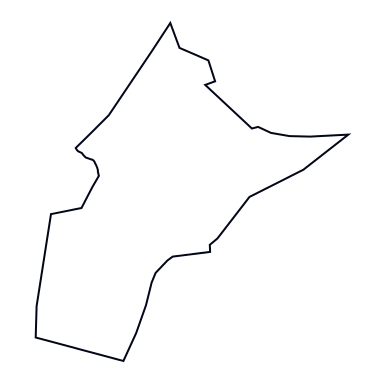 outline of Dalanjargalan, Dornogovi, Mongolia
{"feature_id": "93677404B48840516654873", "entity_name": "Dalanjargalan", "entity_type": "district", "adm_level": 2, "iso_a3": "MNG", "parent_name": "Mongolia", "parent_adm1": "Dornogovi", "projection": "equal_earth", "projection_center": [108.887, 46.012], "detail": "fine", "context": "isolated", "style": "outline", "palette": "ink", "viewbox_px": 384, "rotation_deg": 0, "n_neighbors": 0, "source": "geoboundaries", "source_scale": "gbopen_adm2", "svg_char_len": 884}
<svg xmlns="http://www.w3.org/2000/svg" viewBox="0 0 384 384"><path d="M348.3,134.6L310.2,136.6L289.5,136.1L271.0,132.9L258.1,126.9L251.9,128.5L205.2,84.9L215.1,81.3L208.4,60.4L179.5,47.9L170.3,23.0L151.9,51.1L108.8,115.2L90.2,133.8L75.7,148.0L76.5,149.3L77.0,150.0L77.4,150.5L77.8,150.9L78.0,151.2L78.8,151.6L79.7,152.0L81.4,152.8L81.9,153.1L82.5,153.9L83.5,155.2L84.6,156.4L85.3,157.1L86.0,157.6L91.5,159.5L92.6,159.8L93.3,160.3L94.1,161.2L94.3,161.6L94.6,161.9L94.9,162.9L95.7,164.3L96.0,164.9L97.1,167.5L97.3,168.0L97.5,168.9L97.9,170.1L97.9,171.1L97.9,171.9L98.0,172.7L98.4,173.4L98.5,174.5L98.6,175.1L98.9,175.8L92.4,187.0L81.5,208.0L51.0,214.1L36.6,306.2L35.7,337.5L123.4,361.0L136.2,333.0L146.0,305.2L151.6,282.7L155.6,272.9L167.4,260.5L172.7,256.6L210.1,251.9L209.8,244.8L217.5,238.4L249.5,196.9L303.4,169.7L348.3,134.6Z" fill="none" stroke="#020617" stroke-width="2"/></svg>